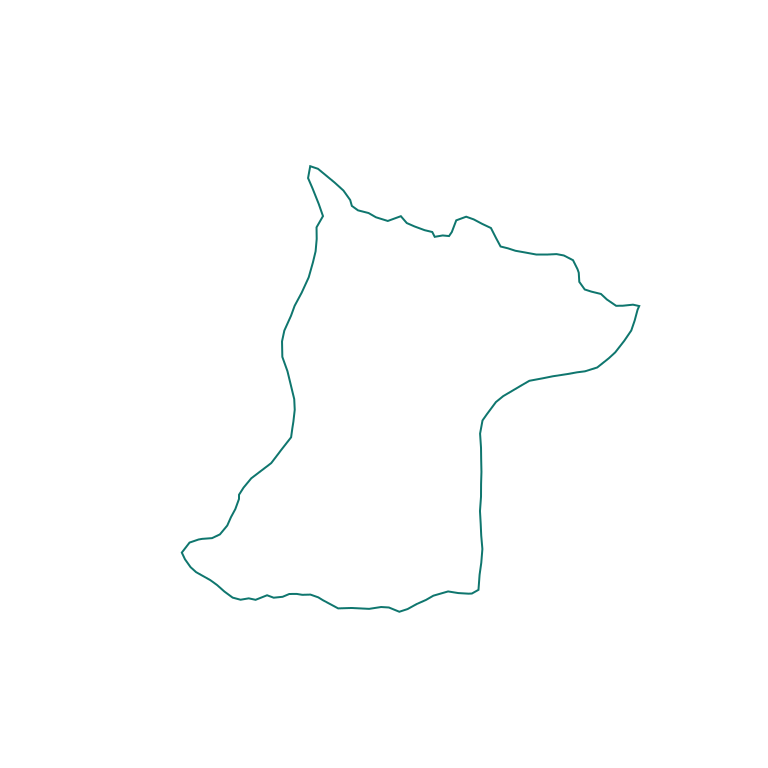 Zaqatala District, Zaqatala, Azerbaijan, rotated 330°
{"feature_id": "54616110B4759617374649", "entity_name": "Zaqatala District", "entity_type": "district", "adm_level": 2, "iso_a3": "AZE", "parent_name": "Azerbaijan", "parent_adm1": "Zaqatala", "projection": "mercator", "projection_center": [46.691, 41.618], "detail": "fine", "context": "isolated", "style": "outline", "palette": "teal", "viewbox_px": 768, "rotation_deg": 330, "n_neighbors": 0, "source": "geoboundaries", "source_scale": "gbopen_adm2", "svg_char_len": 1978}
<svg xmlns="http://www.w3.org/2000/svg" viewBox="0 0 768 768"><g transform="rotate(330 384 384)"><path d="M644.0,444.1L639.3,439.8L629.7,435.5L624.1,432.3L619.3,422.3L616.9,414.5L609.8,407.7L605.1,402.5L604.2,393.2L608.3,385.0L609.0,381.3L609.6,371.3L604.0,362.6L598.4,357.8L590.1,353.5L580.6,348.0L571.9,340.6L564.4,334.3L559.2,328.5L553.7,323.2L554.0,313.7L554.6,302.4L549.0,294.3L544.0,286.3L538.8,280.2L528.4,278.4L518.7,286.3L514.3,288.4L509.1,284.7L501.5,281.9L501.8,276.5L496.1,271.1L489.2,262.8L484.2,256.0L482.5,247.1L468.8,244.7L460.4,235.6L456.1,228.2L448.3,220.6L445.2,213.7L446.7,207.8L445.6,196.2L441.9,184.7L434.4,164.6L429.0,158.5L428.4,159.2L421.2,167.7L419.9,178.9L417.5,195.5L415.1,208.1L403.9,214.6L398.2,224.8L391.1,234.9L383.3,243.1L372.1,254.0L358.3,263.8L345.7,271.6L337.6,278.4L324.4,287.9L317.0,296.1L309.5,309.7L306.8,324.6L302.7,338.6L298.7,352.2L293.8,361.7L286.7,371.3L282.5,376.5L276.9,383.7L261.3,390.0L258.3,391.3L246.8,396.1L221.9,399.3L210.6,403.5L203.1,407.4L200.9,411.1L192.7,418.0L184.9,422.8L177.5,428.2L166.7,432.2L158.0,431.5L149.1,427.2L145.5,425.9L145.4,425.9L136.3,424.1L124.6,428.9L124.0,436.3L124.9,445.9L127.2,453.0L130.7,458.9L135.5,467.0L138.9,474.6L142.0,483.9L146.1,493.3L151.9,499.1L159.7,502.0L164.9,506.7L177.1,508.5L181.6,513.9L189.8,517.6L197.0,518.5L203.5,522.2L207.8,525.7L215.0,529.6L220.4,535.9L223.0,540.7L232.1,555.4L244.0,561.8L258.7,571.3L270.0,575.7L276.5,580.0L283.4,588.9L291.9,590.7L302.3,590.9L312.4,592.0L320.9,592.0L335.8,595.7L343.8,602.2L352.3,607.8L355.3,609.4L362.9,609.5L371.4,597.0L378.9,587.4L386.7,576.1L392.4,563.9L397.8,553.5L403.6,542.0L411.6,530.2L418.1,519.1L424.4,508.9L430.5,497.8L436.1,487.8L442.4,475.0L451.1,464.8L457.8,461.7L471.9,455.6L481.2,454.1L503.3,453.9L511.5,453.9L524.5,458.5L534.0,461.7L548.1,467.2L557.0,470.4L564.4,473.5L576.9,476.3L591.6,474.1L600.1,472.2L613.7,466.7L624.9,461.3L632.8,454.4L640.7,446.5L644.0,444.1Z" fill="none" stroke="#0f766e" stroke-width="2"/></g></svg>